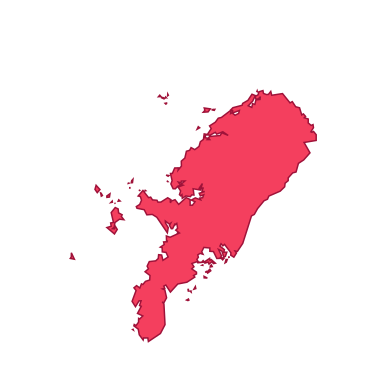 outline of Thames-Coromandel District, Waikato, New Zealand, rotated 235°
{"feature_id": "76426892B50034078290765", "entity_name": "Thames-Coromandel District", "entity_type": "district", "adm_level": 2, "iso_a3": "NZL", "parent_name": "New Zealand", "parent_adm1": "Waikato", "projection": "orthographic", "projection_center": [175.656, -36.86], "detail": "fine", "context": "isolated", "style": "filled", "palette": "rose", "viewbox_px": 384, "rotation_deg": 235, "n_neighbors": 0, "source": "geoboundaries", "source_scale": "gbopen_adm2", "svg_char_len": 6169}
<svg xmlns="http://www.w3.org/2000/svg" viewBox="0 0 384 384"><g transform="rotate(235 192 192)"><path d="M234.4,308.3L235.7,304.3L233.7,301.8L234.1,298.5L231.3,297.6L230.1,300.1L230.8,301.7L230.5,302.3L228.8,300.8L230.8,297.2L227.7,293.7L229.6,292.3L227.0,289.5L230.4,287.5L231.6,293.8L234.7,299.2L237.7,297.2L235.0,290.4L235.5,284.3L234.3,282.8L237.6,273.9L237.1,271.0L235.4,272.0L234.1,270.8L233.1,271.9L231.6,277.6L229.6,275.3L230.2,271.3L233.8,270.2L234.1,268.6L236.7,271.1L236.2,258.8L237.4,255.9L235.8,251.1L236.1,244.3L232.9,244.1L230.1,237.1L228.2,239.4L227.5,245.3L225.2,245.4L223.7,251.8L217.6,254.1L223.4,250.4L222.1,247.5L227.4,238.2L226.7,236.2L229.1,233.7L231.2,236.7L232.6,235.3L228.5,231.5L228.4,227.7L225.3,223.9L225.1,218.6L228.9,216.7L227.5,214.0L228.6,210.8L223.9,205.6L223.4,200.9L219.3,198.2L217.9,193.2L219.5,194.8L221.6,191.6L218.5,186.6L219.5,185.0L212.7,182.2L210.7,179.3L205.5,178.4L204.2,180.1L204.9,183.8L204.2,186.5L207.9,186.5L205.8,188.2L207.1,189.5L205.1,192.4L204.6,187.4L202.7,188.6L204.0,183.4L199.4,183.3L197.0,180.2L195.3,180.6L195.6,182.2L192.4,180.4L192.3,184.7L189.1,188.0L189.8,190.1L188.4,191.9L194.0,194.8L189.0,199.8L190.9,199.9L193.0,205.4L190.0,201.6L188.6,204.0L189.7,201.4L189.7,201.0L189.4,200.7L188.4,202.6L186.6,200.4L185.1,202.7L186.8,197.2L184.0,196.6L183.0,200.0L181.2,197.4L182.6,194.9L180.6,194.6L185.3,191.3L185.8,186.8L182.3,188.9L180.9,184.8L182.2,182.9L187.0,186.1L190.7,184.0L189.5,174.0L195.4,173.7L196.7,169.0L196.0,169.0L195.4,168.1L197.2,169.1L197.8,170.3L201.2,168.8L201.6,160.7L203.2,158.3L205.3,158.6L208.2,155.1L211.5,155.2L212.3,153.2L221.4,152.7L219.6,145.6L217.9,147.1L214.2,145.9L211.8,142.0L212.0,138.0L210.2,137.6L204.9,142.7L199.2,141.9L196.4,146.6L191.5,148.7L172.7,148.4L176.4,152.1L181.8,152.5L183.5,153.5L178.8,155.0L178.7,156.7L177.5,154.4L173.8,154.0L173.1,155.1L175.9,160.2L174.8,159.4L175.0,161.5L170.5,159.4L170.1,156.8L165.6,158.2L167.5,148.1L170.7,145.8L166.1,142.8L165.9,143.5L165.5,143.1L167.4,140.1L164.9,139.1L165.0,134.4L163.5,135.6L160.0,133.3L157.4,136.1L152.5,135.2L152.7,129.0L157.8,131.0L159.8,128.7L156.9,126.2L156.4,122.8L159.5,117.1L157.0,112.7L154.1,112.3L153.6,107.8L147.7,109.7L144.2,106.9L145.5,102.6L144.4,98.7L145.7,97.9L143.3,94.2L147.1,92.9L146.8,89.5L143.4,89.7L136.8,80.2L130.5,79.9L133.2,86.2L132.1,87.9L129.1,83.9L127.5,84.9L123.8,77.7L118.7,80.6L118.0,76.4L119.1,75.8L116.0,73.5L114.7,69.6L116.6,68.7L115.7,67.6L110.5,69.3L105.3,66.9L98.8,67.1L100.2,68.6L97.8,72.1L94.5,70.5L94.2,85.0L98.8,93.8L116.4,104.8L119.2,104.7L117.2,105.0L119.9,110.5L127.4,113.6L129.5,112.3L128.7,114.4L131.1,114.9L130.8,117.2L122.4,116.9L124.8,127.6L121.0,136.1L120.7,145.5L122.7,145.4L122.3,148.7L123.8,149.7L129.2,147.7L129.6,150.7L133.5,150.9L132.1,156.1L130.7,156.1L127.5,161.9L129.4,161.8L128.9,159.4L130.9,157.1L134.0,157.3L134.9,159.8L137.2,160.6L137.1,163.4L134.7,165.3L137.5,165.7L139.8,169.9L135.9,174.5L133.2,172.6L130.9,175.4L123.3,174.2L120.9,177.9L118.8,178.2L119.3,180.1L122.2,177.9L122.8,179.6L129.7,180.8L126.5,182.6L120.4,180.7L120.1,182.4L122.7,186.0L124.5,183.5L126.2,185.5L131.7,183.8L132.9,186.1L130.2,186.4L130.4,188.6L119.9,189.0L118.0,187.5L114.6,188.9L116.5,193.4L119.0,193.4L117.3,195.1L120.8,204.1L138.3,227.0L137.9,230.2L140.8,236.2L143.5,246.0L142.8,249.7L144.6,252.6L142.1,264.7L143.1,270.9L145.8,273.3L146.1,277.3L148.4,278.9L149.9,285.4L148.7,288.7L154.4,295.6L154.2,301.9L156.4,311.1L168.3,312.2L163.0,323.3L167.7,326.6L171.9,326.3L172.1,324.5L173.1,323.9L175.0,328.4L177.8,329.8L178.2,327.8L181.9,326.8L185.1,329.1L188.4,326.6L188.8,328.4L192.1,328.0L192.2,326.1L199.3,328.4L202.4,325.8L208.5,326.0L208.8,323.4L220.7,322.6L225.5,312.8L229.2,314.2L228.1,310.5L229.2,308.8L231.8,307.1L234.4,308.3ZM224.8,236.6L226.2,234.6L226.6,236.5L224.8,236.6ZM211.7,101.9L202.1,104.4L204.2,109.3L207.8,109.5L206.3,107.4L207.6,105.8L207.8,108.1L211.2,111.4L211.3,117.0L208.4,120.3L212.5,120.1L213.4,121.7L217.0,119.9L220.5,121.8L223.3,120.2L221.5,114.0L212.1,110.2L213.3,107.6L210.3,106.2L211.7,101.9ZM126.3,161.9L125.3,165.0L123.2,164.6L123.5,168.4L121.1,168.4L120.3,170.3L125.6,169.0L125.8,167.6L127.5,168.4L127.6,163.0L126.3,161.9ZM250.9,247.0L248.4,251.1L249.6,254.7L253.8,250.2L251.5,249.4L250.9,247.0ZM249.8,114.0L245.8,114.0L246.8,118.0L252.5,117.3L249.8,114.0ZM207.4,54.2L204.4,57.1L211.4,58.3L208.1,55.9L207.4,54.2ZM236.4,119.2L235.2,121.5L237.6,123.8L237.6,119.9L236.4,119.2ZM116.6,158.3L116.7,162.2L118.5,162.3L117.9,158.4L116.6,158.3ZM114.7,152.7L112.7,155.2L116.0,153.5L114.7,152.7ZM241.9,234.6L240.5,232.2L240.2,235.1L241.9,234.6ZM121.2,166.0L121.0,164.7L120.1,163.9L119.3,165.8L121.2,166.0ZM115.0,178.5L114.9,179.9L116.5,182.2L117.2,181.2L115.0,178.5ZM289.8,221.1L289.3,219.2L288.0,221.3L289.8,221.1ZM240.6,115.3L240.5,116.6L243.1,116.9L243.6,116.6L240.6,115.3ZM111.3,137.8L110.7,139.7L112.6,140.5L111.3,137.8ZM234.4,147.5L233.8,148.6L236.3,150.9L235.9,149.1L234.4,147.5ZM286.1,228.3L284.8,227.2L284.8,228.1L286.1,228.3ZM287.2,220.8L284.3,222.5L284.3,223.5L286.2,222.3L287.2,220.8ZM220.7,180.5L218.6,181.5L218.7,182.6L220.7,180.5ZM114.3,132.7L112.3,131.9L114.8,133.5L114.3,132.7ZM106.6,125.6L105.4,126.4L105.2,127.4L106.4,127.7L106.6,125.6ZM227.6,127.5L226.8,126.2L225.9,127.9L227.6,127.5ZM280.1,220.8L279.0,221.0L279.0,221.9L279.5,222.2L280.1,220.8ZM230.3,121.4L229.9,119.5L229.3,120.9L230.3,121.4ZM118.6,156.8L118.1,158.0L118.7,158.1L118.6,156.8ZM247.0,257.4L245.8,256.6L246.6,258.1L247.0,257.4ZM111.9,133.5L110.5,133.9L111.5,134.4L111.9,133.5ZM247.6,256.5L248.1,255.2L247.0,256.2L247.6,256.5ZM237.5,303.4L237.1,302.8L236.6,303.1L237.5,303.4ZM118.2,185.3L117.4,184.7L117.3,185.0L118.2,185.3ZM219.9,154.1L219.6,154.8L220.2,154.6L219.9,154.1ZM235.0,146.0L235.8,145.0L235.6,144.7L235.0,146.0ZM113.4,64.5L112.6,64.8L113.3,65.0L113.4,64.5ZM223.5,150.1L223.6,149.2L223.3,150.1L223.5,150.1ZM215.6,178.0L214.6,177.9L214.4,178.2L215.6,178.0ZM231.8,143.9L231.0,143.3L230.9,143.5L231.8,143.9ZM126.1,159.0L126.2,158.3L125.7,158.8L126.1,159.0ZM284.9,224.8L284.6,224.4L284.1,224.9L284.9,224.8ZM226.4,122.5L227.0,122.5L227.3,122.2L226.4,122.5ZM167.1,157.5L166.9,157.0L166.4,157.8L167.1,157.5Z" fill="#f43f5e" stroke="#9f1239" stroke-width="1.5"/></g></svg>